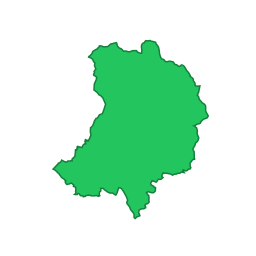 the district of Vorta, Hunedoara, Romania, rotated 37°
{"feature_id": "2599482B10924602672216", "entity_name": "Vorta", "entity_type": "district", "adm_level": 2, "iso_a3": "ROU", "parent_name": "Romania", "parent_adm1": "Hunedoara", "projection": "robinson", "projection_center": [22.662, 46.052], "detail": "fine", "context": "isolated", "style": "filled", "palette": "green", "viewbox_px": 256, "rotation_deg": 37, "n_neighbors": 0, "source": "geoboundaries", "source_scale": "gbopen_adm2", "svg_char_len": 5826}
<svg xmlns="http://www.w3.org/2000/svg" viewBox="0 0 256 256"><g transform="rotate(37 128 128)"><path d="M188.2,196.0L188.4,195.0L188.6,193.6L189.2,192.7L190.3,190.9L189.1,190.2L188.9,189.8L187.9,189.6L187.2,188.7L186.6,187.6L186.4,186.9L186.7,185.7L187.1,185.1L187.6,184.4L187.8,184.3L188.5,183.3L189.3,183.0L190.1,181.0L189.3,180.5L189.2,180.1L188.5,180.1L188.2,179.9L188.1,179.7L188.0,178.4L188.3,177.7L189.0,176.9L189.3,176.2L189.5,174.9L189.0,173.8L187.8,172.9L187.7,172.4L187.2,171.6L186.3,170.5L185.2,169.8L185.1,169.4L184.5,169.5L183.9,169.2L182.5,168.9L181.6,168.5L181.5,168.4L182.2,167.3L182.7,166.5L184.6,166.0L186.4,165.1L187.1,164.5L187.5,163.8L187.5,163.1L187.7,162.6L187.6,161.8L187.4,161.3L186.5,160.1L186.2,159.4L185.9,159.1L185.6,159.1L184.1,159.6L183.7,159.1L182.8,159.2L181.3,159.4L180.7,159.4L180.0,159.2L179.4,158.5L179.3,158.2L179.2,157.7L179.3,156.9L179.0,155.5L183.0,154.3L183.3,153.8L183.0,151.0L183.6,150.4L184.6,149.7L185.4,148.7L185.5,147.7L185.8,146.5L184.9,146.4L184.6,146.5L184.3,146.5L183.6,145.3L183.5,144.5L183.0,142.9L183.1,142.7L184.2,142.4L185.0,141.5L189.3,139.3L189.8,139.1L191.6,138.9L192.0,138.8L192.6,137.3L193.5,136.4L194.3,135.8L194.6,135.4L194.6,134.6L195.9,133.6L196.7,132.8L196.9,131.9L197.2,131.3L197.6,130.8L199.7,129.8L198.7,129.4L197.5,129.2L197.2,128.3L197.8,128.1L199.7,127.7L200.4,127.0L200.9,126.1L201.1,124.4L201.7,123.9L202.2,123.3L202.3,123.1L202.0,121.8L200.8,121.2L198.8,118.9L198.5,117.8L198.9,116.7L198.6,115.8L199.0,113.7L200.0,112.9L199.9,112.6L198.7,111.9L197.7,110.3L194.9,107.0L193.9,106.7L192.5,105.9L192.2,104.1L192.0,101.9L191.8,101.4L191.6,100.8L191.0,99.5L191.5,97.2L191.4,95.9L190.8,94.0L190.2,93.1L187.9,91.8L186.3,90.7L185.5,89.1L184.5,88.0L183.8,87.5L182.7,86.6L182.1,86.6L180.1,86.4L179.4,86.5L180.1,85.5L180.8,83.6L181.5,82.5L182.1,82.1L182.8,80.7L182.9,80.0L182.3,79.4L182.5,78.2L183.1,75.4L183.7,74.5L185.0,72.6L184.9,70.1L180.5,68.1L179.4,67.2L177.6,64.7L176.5,63.6L175.0,63.0L172.1,63.2L167.7,62.2L165.3,60.4L163.6,60.1L162.9,57.0L160.1,51.1L158.6,52.6L157.1,53.6L155.9,53.6L155.3,52.7L154.4,51.8L151.6,50.8L151.1,50.3L150.6,49.6L149.2,49.3L146.3,49.3L146.1,48.6L142.9,47.3L140.3,46.8L136.1,45.0L134.5,44.9L133.6,45.0L133.0,45.3L132.7,45.6L132.5,46.0L132.5,46.9L132.0,47.8L131.5,48.1L130.3,48.3L130.0,48.2L128.9,48.2L127.0,49.0L124.4,48.0L123.8,48.2L123.2,48.6L122.0,49.0L120.6,49.9L119.7,51.2L118.4,52.2L116.7,52.3L115.5,51.8L113.3,52.5L111.8,52.0L109.8,50.7L108.2,49.4L106.8,47.8L104.1,45.4L102.6,44.6L99.3,43.7L98.5,42.9L95.6,44.0L93.9,44.9L93.0,44.8L92.1,45.7L91.4,46.5L89.8,47.4L89.5,48.2L89.7,49.9L88.7,51.8L89.0,53.7L90.1,55.4L91.8,57.1L93.0,58.6L93.9,60.0L92.9,60.8L89.9,61.7L88.2,61.1L85.2,63.4L83.2,66.5L81.3,67.4L80.2,67.6L79.2,68.5L78.0,69.3L76.6,69.0L75.0,68.8L72.7,69.4L70.8,69.0L69.7,68.6L68.0,67.0L67.2,66.9L63.5,71.6L63.0,74.9L60.0,77.7L57.4,78.5L56.0,79.3L55.7,79.8L56.2,80.8L55.7,82.6L55.9,83.2L55.1,84.7L53.9,87.7L53.9,88.2L54.5,90.6L54.2,92.7L54.0,93.9L53.7,94.4L53.9,95.1L56.1,94.4L58.4,94.4L60.5,95.7L62.4,96.0L63.7,98.4L66.8,100.2L66.8,103.2L67.9,104.0L68.2,105.9L69.2,106.6L70.2,106.2L72.5,106.4L73.5,108.4L74.7,113.3L77.9,118.1L82.5,118.2L84.7,119.0L86.7,118.6L89.8,119.1L95.8,122.5L97.9,128.5L98.6,130.9L98.8,132.5L97.6,133.9L97.2,135.3L97.6,137.6L97.3,139.0L96.7,139.6L96.8,140.9L96.9,141.8L97.0,142.9L97.5,144.0L97.6,144.6L97.9,145.0L98.0,146.1L98.3,146.9L98.4,147.9L98.2,149.2L98.0,150.1L98.0,150.6L98.7,151.2L98.7,151.5L99.5,152.7L99.7,153.0L99.9,153.3L100.7,154.2L100.9,154.5L102.3,155.4L102.4,155.8L102.9,156.5L102.9,157.1L103.2,157.5L103.2,158.2L103.4,158.8L103.7,159.4L103.8,159.6L103.6,160.3L103.9,161.6L104.0,161.8L104.0,162.4L102.9,162.4L103.0,163.4L102.7,163.5L102.2,162.9L101.7,162.7L101.0,162.9L101.8,164.8L102.5,165.2L102.8,165.7L103.6,165.8L103.8,166.1L103.1,166.8L102.7,167.2L102.4,168.6L102.5,169.3L102.8,170.3L103.0,170.9L102.9,171.3L101.9,171.7L101.7,172.0L100.8,172.1L100.4,172.8L99.1,172.8L98.8,173.0L98.8,173.8L99.0,174.1L99.5,174.1L99.5,174.7L99.8,174.7L99.9,174.9L99.8,175.6L100.0,176.1L100.3,176.4L100.3,176.6L100.0,176.7L99.3,176.8L99.2,177.0L100.2,178.6L100.7,179.0L100.9,179.4L101.0,180.0L101.6,180.7L102.6,182.7L102.7,183.1L102.3,184.5L102.1,186.0L102.1,186.5L103.1,187.8L102.3,188.1L101.6,189.2L101.1,189.7L100.0,190.4L99.7,190.8L99.8,191.6L99.6,192.1L97.8,193.0L94.4,193.6L94.6,194.1L94.6,194.6L94.5,196.6L94.2,197.2L93.7,197.7L93.5,198.0L93.7,198.5L93.8,198.7L93.7,198.8L93.7,199.2L92.9,205.9L95.2,205.5L96.5,205.7L97.0,205.6L98.4,206.0L98.7,206.1L99.0,206.0L100.3,206.1L100.9,206.3L101.7,206.5L102.2,206.8L102.4,206.7L104.4,207.4L105.6,207.5L107.6,207.3L108.4,207.4L109.1,207.7L109.6,207.7L109.5,207.8L110.3,208.3L110.4,208.9L110.9,209.3L112.6,209.9L113.4,209.7L113.7,209.5L114.3,208.5L114.7,208.0L115.0,207.8L115.1,207.6L115.5,206.7L115.7,206.4L116.1,206.0L118.0,206.2L118.9,206.2L119.1,206.2L119.1,206.3L119.4,206.6L119.4,207.4L119.5,207.5L120.4,207.2L121.9,206.9L122.2,207.1L122.5,207.7L123.4,208.5L123.7,208.9L124.2,210.1L125.0,210.7L125.4,211.2L125.5,212.5L125.3,213.1L125.7,212.9L126.2,212.7L127.4,211.8L127.4,210.5L127.9,210.2L128.7,210.0L130.7,210.6L131.8,210.1L133.0,209.3L133.7,209.8L135.1,208.2L135.1,207.4L136.8,205.4L137.3,205.4L137.5,204.9L138.2,204.6L139.2,204.4L141.8,202.6L142.6,201.7L143.7,200.8L145.0,200.6L145.4,200.4L145.3,199.4L146.2,199.3L146.1,198.9L145.4,198.9L144.2,197.1L143.8,195.9L144.2,194.9L143.5,193.6L142.5,192.6L143.5,191.9L144.8,191.1L146.4,191.6L147.6,191.3L149.0,191.5L150.3,191.4L152.9,190.8L154.4,189.4L155.6,189.1L156.8,189.2L158.3,189.1L158.7,188.5L158.2,186.1L157.3,183.6L156.6,181.1L158.1,180.5L159.1,180.3L162.6,181.4L167.3,183.5L170.0,185.0L171.2,186.0L171.9,188.4L173.0,189.1L174.8,189.5L176.8,190.1L178.7,191.3L179.5,191.7L183.4,192.6L184.9,193.4L186.7,195.8L188.2,196.0Z" fill="#22c55e" stroke="#15803d" stroke-width="1.5"/></g></svg>